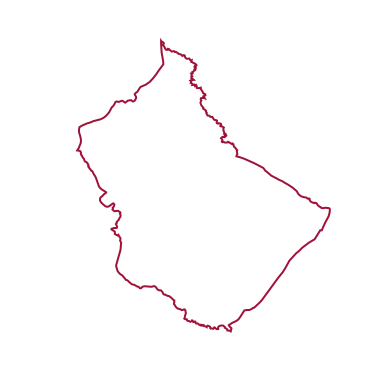 the district of Bar Kaev, Rôtânôkiri, Cambodia, rotated 303°
{"feature_id": "14789045B1081275636897", "entity_name": "Bar Kaev", "entity_type": "district", "adm_level": 2, "iso_a3": "KHM", "parent_name": "Cambodia", "parent_adm1": "Rôtânôkiri", "projection": "natural_earth1", "projection_center": [107.211, 13.715], "detail": "fine", "context": "isolated", "style": "outline", "palette": "rose", "viewbox_px": 384, "rotation_deg": 303, "n_neighbors": 0, "source": "geoboundaries", "source_scale": "gbopen_adm2", "svg_char_len": 5953}
<svg xmlns="http://www.w3.org/2000/svg" viewBox="0 0 384 384"><g transform="rotate(303 192 192)"><path d="M164.3,73.1L165.2,75.0L165.4,76.2L164.4,77.6L163.8,77.7L163.2,78.4L163.1,78.9L162.6,79.2L162.3,80.4L161.5,81.3L160.9,83.4L159.5,85.1L159.3,85.8L159.6,86.7L159.3,88.5L159.0,89.2L158.5,89.4L158.1,90.1L158.1,90.7L156.9,91.1L156.6,91.6L156.7,92.2L156.0,92.9L155.6,94.9L155.2,95.3L155.0,96.0L155.2,97.0L153.4,100.0L152.5,102.2L151.4,103.9L146.1,110.8L145.4,112.4L145.0,114.9L145.1,120.0L144.7,120.4L142.2,119.4L139.6,119.0L137.8,118.3L136.8,118.3L134.8,119.4L134.0,120.9L133.5,122.4L133.0,125.8L132.9,127.1L133.2,128.5L134.1,129.7L135.3,130.4L139.1,131.8L139.7,132.4L139.1,133.8L137.0,134.4L135.9,134.0L135.2,134.6L134.0,134.8L133.6,137.3L135.9,140.2L135.9,142.8L135.5,143.4L134.4,143.4L133.9,144.5L133.5,144.9L132.0,145.5L130.7,145.3L129.2,145.7L125.7,145.2L125.1,145.8L123.7,145.6L122.5,147.6L121.8,148.3L120.8,148.4L119.2,146.1L117.4,144.6L116.8,144.8L116.7,145.8L116.8,148.6L116.5,149.1L115.2,149.8L114.8,150.2L114.8,150.9L114.9,153.1L116.0,153.5L115.0,155.2L114.6,156.7L113.8,157.5L112.0,158.2L111.6,159.1L110.9,160.2L104.4,163.6L89.5,168.2L88.7,168.6L85.1,172.7L84.3,175.3L84.0,177.1L84.1,178.7L83.3,181.6L82.3,184.5L82.7,185.6L82.7,186.8L82.3,187.8L82.3,189.3L82.0,190.0L81.9,191.9L82.3,193.2L82.7,193.9L82.9,197.7L83.4,198.8L82.9,200.7L83.1,201.2L83.8,201.8L85.0,201.9L86.0,202.4L87.2,203.7L90.6,209.9L91.6,210.6L92.6,211.8L92.6,213.3L91.7,215.5L91.4,217.4L92.6,219.5L92.1,221.5L90.9,223.4L90.8,224.5L91.4,225.5L91.3,226.1L91.7,228.5L92.2,229.3L92.0,232.4L91.3,235.5L91.4,236.3L90.5,236.7L89.9,237.3L89.0,237.4L88.2,237.9L87.6,239.6L86.8,241.1L86.4,243.4L86.7,243.9L87.4,246.7L87.3,247.6L88.0,248.4L89.4,249.4L89.5,250.1L89.1,251.0L88.0,251.8L87.4,252.6L86.4,253.1L85.2,253.3L83.5,253.9L82.4,254.5L81.6,254.5L81.5,255.2L82.4,257.0L81.7,257.7L81.5,258.3L82.1,259.6L82.1,261.0L82.4,261.5L83.9,262.1L84.4,262.0L84.5,262.5L83.6,263.9L84.0,264.4L84.7,264.6L85.1,265.4L84.1,266.5L84.0,267.3L84.8,268.2L84.9,268.7L84.6,270.1L84.8,270.8L84.6,271.6L85.0,272.3L85.6,272.0L86.5,273.8L85.8,273.8L86.0,275.1L86.6,276.2L86.7,277.9L87.2,277.6L88.4,277.9L88.8,279.4L88.8,280.4L88.3,281.1L87.8,281.4L87.6,281.9L88.3,282.7L88.8,284.3L90.6,284.4L90.8,285.0L90.4,286.2L90.6,287.7L91.3,288.6L92.8,287.6L94.2,287.8L95.6,288.8L96.9,290.7L96.7,293.0L96.0,293.5L96.1,295.1L96.0,296.3L95.1,297.0L96.1,298.9L96.2,300.4L99.2,299.3L99.8,296.4L100.4,295.4L103.9,296.9L107.8,299.3L110.4,300.3L113.8,300.5L121.1,300.4L122.8,302.1L124.2,304.3L126.5,305.8L128.1,306.4L129.0,307.2L135.9,308.9L139.6,309.5L166.8,311.0L174.6,311.8L179.1,311.7L187.3,311.1L190.6,311.6L197.7,312.8L199.7,313.6L205.6,314.9L213.3,317.7L219.2,320.6L229.8,320.4L230.5,321.7L238.5,320.4L246.2,319.8L250.5,318.3L252.8,316.8L253.1,315.8L251.5,312.5L250.0,311.0L249.1,309.4L249.4,307.9L249.1,307.1L249.3,305.9L249.3,305.1L249.9,303.5L250.4,302.7L250.1,301.0L249.3,300.6L249.0,299.7L248.6,297.3L248.8,296.1L249.3,295.1L250.4,294.3L250.3,293.6L249.6,293.2L249.4,292.7L249.6,290.9L248.5,288.5L247.8,285.6L248.1,282.8L248.8,281.1L249.7,279.6L250.4,274.5L250.5,268.6L250.2,264.2L250.3,262.2L249.6,258.1L249.5,255.9L248.9,249.8L249.7,243.7L249.7,242.1L251.0,238.8L250.1,228.9L248.4,218.1L247.3,213.5L246.1,209.8L247.6,209.4L248.5,209.4L250.7,207.3L251.7,207.2L251.8,206.3L252.2,205.7L252.2,205.1L252.7,204.2L252.9,202.5L254.0,201.2L254.6,200.8L254.7,199.9L254.1,200.0L253.9,199.1L254.0,197.4L253.7,196.3L253.9,195.6L253.8,194.9L253.0,194.8L252.1,193.8L251.3,192.4L251.2,191.2L250.9,190.7L250.4,190.5L250.4,189.6L252.0,189.4L252.9,187.7L252.9,187.1L253.6,187.1L254.9,187.7L255.7,189.4L257.0,188.8L257.0,189.8L257.5,190.0L258.1,190.0L258.3,189.1L259.0,188.5L258.4,187.2L259.2,187.0L260.7,184.8L261.2,184.8L261.6,184.2L262.1,183.8L263.4,183.6L263.3,181.1L262.7,180.5L262.8,179.7L264.5,179.7L265.0,178.9L264.1,176.7L263.5,176.6L263.2,175.7L263.5,174.9L265.5,174.1L265.5,173.5L265.0,172.2L264.7,171.1L265.2,169.7L266.1,168.2L265.0,166.6L265.3,165.7L265.4,165.0L264.6,163.4L265.8,161.2L266.5,161.2L267.1,159.7L267.8,159.5L268.0,158.7L267.9,156.3L268.2,155.8L268.7,155.8L269.5,153.7L269.6,152.9L271.2,150.7L271.8,150.3L273.8,150.0L274.4,148.8L275.7,148.5L277.3,150.6L277.5,151.7L278.0,150.8L277.8,150.3L278.0,149.5L278.5,149.4L278.9,150.0L279.4,150.2L279.8,149.9L280.5,150.5L281.2,149.9L281.0,147.4L281.9,146.3L283.1,143.5L284.3,142.5L282.7,141.1L281.9,139.4L283.4,138.2L283.8,137.4L283.1,137.4L282.4,137.0L283.5,135.7L283.3,135.2L282.5,134.8L281.9,134.0L282.7,133.9L282.9,132.5L282.7,131.6L284.3,131.2L284.5,129.9L285.4,130.4L287.0,132.4L287.3,130.5L287.2,129.3L288.1,129.0L289.1,129.2L289.0,128.3L290.6,127.7L290.9,126.8L291.9,127.9L292.6,127.5L292.8,127.0L293.7,127.5L295.1,127.7L295.8,128.3L296.5,128.3L297.0,127.9L296.7,127.2L297.4,127.2L298.1,126.3L298.5,127.2L299.4,126.0L300.0,126.7L300.9,126.7L301.3,125.1L301.1,124.5L301.3,124.0L300.9,123.2L301.1,121.6L300.7,120.6L302.4,119.9L301.7,119.4L301.6,118.8L302.5,117.1L300.8,114.9L301.0,113.5L301.3,112.8L302.3,111.9L302.5,111.0L302.4,110.5L301.9,110.1L301.0,110.1L300.9,109.5L301.3,107.6L300.5,105.4L300.8,104.6L300.7,102.1L300.1,101.4L300.4,100.6L300.2,99.9L298.8,98.7L298.9,96.4L299.3,95.1L299.2,94.3L298.9,93.7L298.0,94.2L297.2,92.9L297.4,91.8L298.3,90.3L298.9,89.6L299.2,88.3L299.9,87.4L301.2,87.5L301.7,86.8L301.8,85.4L301.5,84.8L301.9,83.8L299.3,85.5L292.5,90.5L286.1,96.5L283.5,98.4L274.8,97.9L271.4,97.9L265.9,97.4L261.3,96.6L256.7,94.7L252.4,91.8L251.3,91.5L246.2,91.6L244.9,91.0L242.9,90.6L242.3,91.3L241.5,93.1L240.3,94.0L237.3,94.2L236.1,93.6L235.6,92.7L235.9,91.2L235.2,90.0L233.4,88.3L232.4,88.1L230.5,87.3L230.6,84.1L229.9,83.1L227.7,81.6L226.9,79.5L226.1,78.9L225.1,78.8L223.9,79.1L222.4,79.1L221.1,79.1L219.4,78.6L213.7,79.1L209.4,78.5L206.5,77.6L203.4,75.9L197.6,70.6L195.0,68.9L192.2,66.5L187.3,63.3L185.0,62.3L182.5,63.4L180.3,65.0L177.9,67.9L175.6,70.2L172.9,71.9L167.0,73.1L164.3,73.1Z" fill="none" stroke="#9f1239" stroke-width="2"/></g></svg>